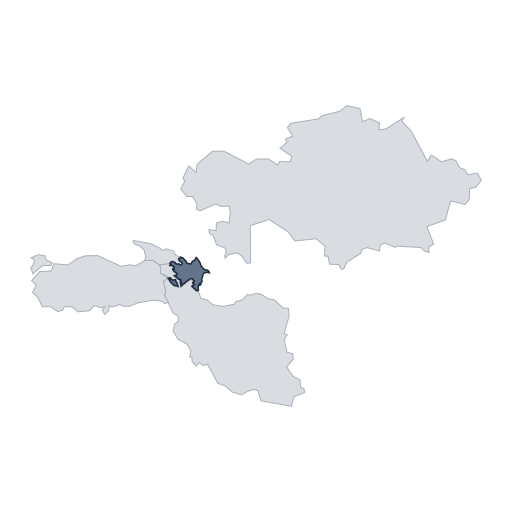 Azerbaijan highlighted among its neighbors
{"feature_id": "AZE", "entity_name": "Azerbaijan", "entity_type": "country or territory", "adm_level": 0, "iso_a3": "AZE", "parent_name": "Asia", "parent_adm1": "", "projection": "mercator", "projection_center": [46.85, 40.145], "detail": "fine", "context": "with_neighbors", "style": "filled", "palette": "slate", "viewbox_px": 512, "rotation_deg": 0, "n_neighbors": 5, "source": "natural_earth", "source_scale": "50m", "svg_char_len": 6726}
<svg xmlns="http://www.w3.org/2000/svg" viewBox="0 0 512 512"><path d="M481.3,180.1L475.7,187.5L469.6,188.5L469.2,199.5L465.1,204.4L450.6,200.9L445.3,220.0L426.9,226.5L433.6,244.2L428.5,246.8L429.1,252.5L424.6,251.1L420.9,247.5L397.8,246.2L395.1,247.3L384.7,243.0L380.5,245.1L379.3,251.0L367.2,247.6L362.4,249.0L360.8,253.4L346.9,262.1L343.6,269.0L340.9,269.1L338.9,264.5L329.5,264.2L328.0,256.1L324.5,256.1L325.0,246.1L316.2,238.7L295.0,241.0L288.0,231.8L269.2,219.5L250.3,225.6L250.6,262.8L246.8,263.3L241.6,255.6L236.7,252.8L228.3,254.9L225.1,258.2L224.7,255.7L226.5,251.6L225.1,248.1L216.6,244.7L213.2,235.6L209.2,233.0L208.9,229.6L216.1,230.6L216.4,223.0L222.6,221.3L229.0,222.9L230.4,212.6L229.1,206.0L221.7,206.5L215.5,203.9L200.1,210.9L196.4,209.2L197.1,203.6L192.4,196.4L187.0,196.7L180.7,189.2L185.0,180.8L182.8,178.5L188.7,165.9L196.2,172.6L197.2,164.2L212.3,151.4L223.8,151.1L248.7,164.0L256.5,159.1L268.2,158.9L277.6,164.9L279.7,161.4L290.0,161.9L291.9,156.4L280.0,148.3L287.0,142.4L285.6,139.1L292.7,136.0L287.4,127.5L290.8,123.3L318.3,118.9L321.8,115.8L340.2,111.1L346.8,105.7L360.0,108.5L362.4,121.7L370.0,118.6L379.5,122.9L378.9,129.7L385.9,129.0L404.3,117.2L401.6,121.1L411.0,130.8L427.4,161.2L431.4,155.0L441.5,161.8L452.1,158.8L456.1,160.9L459.6,167.6L464.8,169.8L467.9,174.7L477.4,173.1L481.3,180.1Z" fill="#d9dde1" stroke="#a8b0b8" stroke-width="1"/><path d="M196.2,366.1L192.1,361.6L192.0,357.0L189.7,357.0L190.9,350.8L187.1,344.2L178.1,339.4L173.0,331.0L174.7,324.1L178.4,321.0L177.9,315.7L173.0,313.0L164.3,294.7L165.7,291.8L163.4,281.0L168.4,278.2L169.6,281.8L173.3,286.2L178.4,287.5L181.0,287.2L189.7,280.2L192.4,279.5L194.6,282.3L192.1,287.0L196.7,291.9L198.5,291.4L200.8,298.3L207.8,300.2L212.9,304.8L223.3,306.4L234.8,304.0L235.5,301.8L242.0,300.1L247.2,294.7L252.1,295.0L255.3,293.3L260.6,294.1L268.7,298.9L274.6,299.9L283.0,308.0L288.4,308.3L289.1,316.0L284.1,333.6L287.3,334.9L284.1,339.7L287.1,352.2L292.7,353.7L293.3,359.2L286.6,366.9L293.2,376.4L300.2,380.1L300.4,387.4L304.0,388.7L304.6,392.5L294.0,396.8L291.2,406.3L261.1,400.9L257.9,390.8L254.4,389.4L248.8,390.8L241.3,394.8L232.4,392.1L224.9,385.7L217.9,383.4L207.5,364.2L203.6,365.6L198.9,362.7L196.2,366.1Z" fill="#d9dde1" stroke="#a8b0b8" stroke-width="1"/><path d="M181.0,287.2L178.4,287.5L175.4,280.5L172.1,280.5L170.0,278.0L160.1,273.1L160.8,268.4L159.5,264.9L169.7,263.4L174.1,267.7L172.6,270.1L176.5,273.4L174.4,276.5L180.8,280.6L181.0,287.2Z" fill="#d9dde1" stroke="#a8b0b8" stroke-width="1"/><path d="M168.3,302.1L164.8,303.7L162.2,301.3L153.6,300.1L138.1,302.8L129.7,306.3L123.6,306.3L119.7,304.6L111.6,307.1L109.2,305.4L108.8,310.5L104.9,314.4L102.2,310.3L105.0,306.9L100.5,307.7L94.4,305.6L89.3,310.8L78.1,311.8L72.2,306.9L64.3,306.6L62.6,310.4L57.5,311.5L50.4,306.6L42.4,306.8L38.0,297.6L32.6,292.5L36.2,285.2L31.6,280.6L39.7,271.5L51.0,271.1L54.1,263.7L68.1,265.0L77.0,258.6L85.5,255.8L97.7,255.6L121.1,266.3L129.6,264.8L135.9,265.7L144.6,260.6L152.5,260.1L159.5,264.9L160.8,268.4L160.1,273.1L168.4,278.2L163.4,281.0L165.7,291.8L164.3,294.7L168.3,302.1ZM31.2,257.7L38.6,254.6L45.0,255.9L45.9,259.7L52.3,262.9L50.9,265.3L42.2,265.8L32.9,274.0L30.7,267.5L32.5,266.4L34.7,260.3L31.2,257.7Z" fill="#d9dde1" stroke="#a8b0b8" stroke-width="1"/><path d="M132.9,241.7L133.8,240.5L150.8,243.8L160.8,248.6L162.1,250.5L166.5,248.9L173.4,251.0L175.7,255.1L180.3,257.4L178.4,258.7L182.0,264.1L181.0,265.2L177.0,264.6L171.5,261.8L169.7,263.4L159.5,264.9L152.5,260.1L144.6,260.6L145.7,256.4L143.9,249.6L139.6,245.9L135.6,244.7L132.9,241.7Z" fill="#d9dde1" stroke="#a8b0b8" stroke-width="1"/><path d="M198.4,290.3L198.2,290.3L196.7,290.7L196.4,290.6L195.1,288.9L194.8,288.7L194.2,288.7L193.9,288.4L193.7,288.0L193.5,287.6L192.2,286.7L192.0,286.4L191.9,286.1L192.1,285.9L192.4,285.6L193.0,285.4L193.8,285.2L194.0,285.1L194.1,284.8L194.1,284.5L194.0,284.1L192.9,283.4L192.8,283.1L192.8,282.7L192.8,282.4L193.0,282.1L193.9,281.7L194.4,281.2L194.1,280.8L193.1,279.7L192.0,278.5L191.2,278.5L190.3,278.9L188.9,279.9L188.1,280.3L187.1,281.0L186.0,281.8L185.1,282.6L184.6,283.3L183.6,283.6L183.1,284.2L181.4,285.9L180.9,285.9L180.9,285.0L180.9,284.4L180.8,284.0L180.2,283.4L180.2,283.2L180.4,283.1L180.8,283.1L181.3,283.1L181.6,282.9L181.0,282.2L180.5,281.7L180.1,281.4L180.0,281.2L180.1,280.9L180.8,280.5L180.9,280.1L180.8,279.7L179.7,279.2L178.8,279.4L178.0,278.7L177.5,278.2L176.9,277.6L176.3,277.3L175.7,276.6L174.8,275.9L174.2,275.7L174.3,275.5L174.6,275.4L176.3,275.4L176.5,275.3L176.6,274.9L176.8,274.5L177.1,273.8L177.0,273.2L175.4,272.3L174.1,271.5L173.3,270.4L172.7,269.3L172.7,269.0L172.9,268.7L174.2,267.7L174.3,267.5L174.3,267.3L173.8,266.8L173.2,266.3L173.0,266.0L172.7,265.8L172.0,265.8L170.7,265.2L170.4,265.0L170.5,264.8L171.3,264.6L171.3,264.4L171.1,264.1L170.6,263.9L170.1,263.4L170.0,263.0L171.5,261.7L172.0,261.4L173.0,261.7L175.2,262.5L175.1,263.0L175.3,263.3L175.8,263.6L176.7,264.0L177.5,264.2L177.9,264.0L178.6,263.9L179.4,264.3L180.1,264.9L180.5,265.1L181.2,265.0L181.9,264.3L182.2,263.4L182.2,263.0L181.8,262.5L181.0,261.9L180.1,261.3L179.5,260.9L179.2,259.9L178.8,259.8L178.7,259.7L178.6,259.4L178.7,259.0L178.8,258.6L179.1,258.5L179.5,258.4L179.9,258.1L180.3,257.4L180.5,257.1L181.2,257.3L181.4,257.9L181.5,258.0L181.8,257.9L182.4,257.7L182.8,257.9L183.4,258.5L184.1,259.3L184.6,259.7L184.7,260.1L185.1,260.4L185.7,260.8L186.2,261.4L186.6,262.8L187.0,263.1L188.5,263.6L189.0,263.7L190.5,263.9L191.0,263.8L191.7,262.6L192.4,261.3L193.0,261.1L194.2,260.5L194.9,259.9L195.2,259.3L195.8,258.2L196.2,257.5L196.9,258.1L198.1,259.7L199.7,262.2L200.1,262.9L200.4,263.7L200.6,264.7L201.0,265.6L202.7,267.8L203.4,268.6L204.6,269.6L205.0,269.9L205.6,269.9L206.6,269.9L207.6,270.3L208.0,270.6L208.5,271.0L208.9,271.5L209.4,272.8L207.7,272.4L206.1,272.4L205.2,272.7L204.3,273.1L203.4,273.6L202.9,274.7L202.4,277.0L201.7,279.2L201.8,280.3L202.0,281.2L202.0,281.7L201.7,281.9L201.3,282.3L200.8,284.3L200.6,284.7L200.2,285.0L200.1,284.7L200.2,284.2L199.4,283.7L199.1,284.3L198.8,285.4L198.3,286.5L198.2,286.8L198.4,290.3ZM174.0,269.6L174.1,269.2L173.9,269.1L173.7,269.1L173.5,269.6L174.0,269.6ZM168.6,278.8L168.4,278.5L168.2,278.3L169.0,278.2L170.2,277.7L170.5,278.0L170.9,278.4L171.0,278.8L171.1,279.5L171.8,279.4L172.1,279.6L172.5,280.0L173.3,280.3L174.4,279.8L175.0,279.7L175.5,279.7L175.7,279.8L175.8,280.4L175.7,281.1L175.6,281.4L175.8,281.7L176.7,282.3L177.1,282.7L176.9,283.3L177.6,284.9L177.9,285.4L178.1,286.2L176.7,285.9L174.2,285.3L173.5,285.0L172.8,284.1L172.4,283.7L171.8,283.2L171.3,283.0L171.0,282.6L170.8,282.1L170.5,281.6L169.9,281.0L168.8,279.0L168.6,278.8ZM170.1,265.6L169.7,265.6L169.6,265.3L169.7,265.1L169.9,265.0L170.1,265.1L170.2,265.3L170.1,265.6Z" fill="#64748b" stroke="#1e293b" stroke-width="1.5"/></svg>